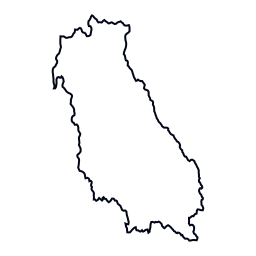 outline of Água Boa, Minas Gerais, Brazil
{"feature_id": "56859067B18251134383574", "entity_name": "Água Boa", "entity_type": "district", "adm_level": 2, "iso_a3": "BRA", "parent_name": "Brazil", "parent_adm1": "Minas Gerais", "projection": "equal_earth", "projection_center": [-42.276, -18.014], "detail": "fine", "context": "isolated", "style": "outline", "palette": "ink", "viewbox_px": 256, "rotation_deg": 0, "n_neighbors": 0, "source": "geoboundaries", "source_scale": "gbopen_adm2", "svg_char_len": 5735}
<svg xmlns="http://www.w3.org/2000/svg" viewBox="0 0 256 256"><path d="M109.5,23.3L108.3,23.3L107.4,22.4L106.4,21.7L105.5,21.2L104.3,20.0L102.9,21.1L101.7,22.5L100.6,22.3L99.6,22.2L98.3,22.4L97.3,21.0L96.7,19.5L95.5,18.8L94.3,17.6L93.2,16.2L92.0,15.4L91.0,16.7L90.5,18.2L89.6,20.0L88.5,21.2L88.3,23.0L88.4,24.7L88.9,26.1L90.4,26.2L91.3,27.8L91.5,29.6L91.1,31.5L90.8,33.2L90.5,34.9L89.1,35.9L87.7,36.2L86.8,36.1L86.1,34.9L85.6,33.7L84.6,32.8L83.0,32.5L82.0,31.4L81.6,29.8L80.7,28.2L79.6,28.0L78.5,28.8L77.4,29.8L76.3,29.7L75.1,29.5L74.9,31.0L74.6,32.5L73.5,33.5L72.7,35.2L71.9,36.5L71.0,37.1L69.8,37.2L68.8,37.3L67.5,37.7L66.2,37.9L65.1,37.3L63.8,36.4L61.9,36.5L60.5,36.3L60.4,38.5L60.3,40.0L60.3,42.2L60.4,44.3L60.8,45.9L60.9,47.3L60.5,48.5L60.1,49.8L59.7,51.7L59.0,53.5L58.1,54.3L57.1,55.4L56.4,56.8L56.0,58.1L56.2,59.5L57.2,60.8L57.1,62.9L56.2,64.3L55.6,65.8L54.7,66.8L53.5,67.7L52.8,69.5L52.7,71.1L52.8,73.0L53.1,74.5L53.2,76.4L53.5,78.8L53.5,81.5L53.8,83.4L54.3,85.0L54.5,86.7L53.9,88.4L55.1,88.4L55.9,87.1L56.2,85.8L56.5,83.9L56.5,81.7L56.5,79.4L57.3,77.5L58.7,77.0L59.7,77.7L60.9,77.7L61.5,76.4L62.6,77.4L63.3,79.3L63.7,81.5L62.9,83.5L62.4,85.3L62.6,86.8L63.8,87.8L64.8,89.0L65.5,90.0L66.2,91.1L67.5,92.3L68.7,93.1L70.4,93.7L71.9,95.2L72.0,96.7L71.5,98.0L70.9,99.9L70.9,102.1L70.6,104.0L71.5,105.2L72.6,106.5L73.7,108.2L74.1,109.6L74.2,111.6L74.6,113.5L74.4,115.2L73.1,115.9L72.1,117.1L71.7,118.7L71.7,120.5L72.5,122.2L73.8,122.9L74.8,124.8L76.8,124.5L78.0,126.1L78.3,127.5L78.3,129.3L78.5,130.9L79.1,131.9L79.8,132.9L80.3,134.1L79.8,135.8L78.9,137.3L79.0,138.8L79.2,140.7L79.4,143.1L78.9,145.0L79.8,146.8L80.6,148.5L80.6,150.2L80.6,151.6L79.7,152.7L79.0,153.7L78.1,154.2L77.3,155.2L77.4,156.6L78.1,157.7L79.0,159.0L79.1,161.0L78.9,162.6L78.8,164.1L78.6,165.6L78.2,167.4L78.8,169.2L79.7,170.9L81.6,171.3L83.2,172.2L84.2,173.1L84.8,174.5L85.1,176.3L85.5,178.3L87.3,177.8L88.6,178.4L89.2,179.6L89.4,181.2L90.6,180.8L91.6,181.6L91.7,183.0L91.2,184.2L91.1,185.8L92.0,187.0L91.5,188.7L91.9,190.1L92.7,191.0L93.4,191.9L94.0,193.3L93.7,194.8L93.9,196.2L93.9,197.7L93.8,199.5L94.9,199.4L96.2,200.8L97.6,200.1L98.4,199.0L99.1,198.0L100.6,199.3L102.0,200.5L102.8,199.6L102.6,198.0L103.6,197.2L104.7,198.8L106.1,199.0L106.9,200.4L107.8,201.3L108.6,202.2L109.6,201.7L110.5,200.9L111.2,199.8L112.0,198.6L113.3,198.6L114.2,199.2L114.8,200.5L115.9,200.5L116.9,201.1L117.3,202.5L118.0,204.0L119.4,205.0L120.5,206.0L121.0,207.3L121.5,208.4L122.1,209.9L123.5,210.7L125.3,210.5L126.4,211.6L126.6,213.2L126.8,214.9L127.3,216.5L127.8,218.3L128.2,220.2L128.7,222.1L128.3,224.3L127.0,224.2L125.5,223.6L125.8,225.0L126.0,226.6L127.0,228.2L127.1,230.6L127.3,232.3L128.6,232.4L130.0,232.3L131.0,231.2L132.2,229.7L133.3,228.7L134.3,227.8L135.7,227.2L136.0,228.8L136.5,230.2L138.5,230.5L139.6,231.4L140.6,231.5L142.0,230.2L143.0,231.6L144.4,231.0L145.5,229.9L146.6,229.7L147.6,229.5L147.9,231.0L148.4,232.7L149.6,231.7L149.7,230.1L150.1,228.8L150.4,226.9L150.5,225.0L150.8,223.4L151.3,222.0L152.4,221.9L153.6,222.2L154.7,222.6L155.6,221.9L156.6,222.1L157.7,222.1L158.7,221.6L159.7,222.1L160.7,223.0L161.7,224.2L162.0,225.9L162.9,226.7L163.6,227.7L164.5,228.2L165.6,227.0L166.8,225.9L168.1,225.2L169.3,226.0L170.7,227.1L171.9,228.6L173.0,229.7L174.0,231.1L175.0,231.5L176.0,232.7L177.1,233.2L178.1,232.5L179.1,232.9L180.5,233.8L181.3,235.3L182.4,235.1L182.9,236.4L183.9,237.6L184.9,238.6L185.9,238.7L187.0,238.6L188.3,239.3L189.3,240.6L190.8,240.5L192.4,240.1L193.9,239.9L195.5,240.2L196.7,240.2L197.3,238.7L197.5,237.3L196.3,236.1L195.5,234.5L194.2,233.8L193.3,231.7L194.0,230.1L194.1,228.6L194.1,226.9L193.0,225.2L191.9,224.7L191.0,225.0L190.0,225.3L188.9,223.4L189.1,221.2L189.0,219.4L189.0,217.8L190.2,217.7L191.0,216.9L192.3,216.0L193.5,216.2L194.2,215.0L195.2,214.0L196.5,213.7L196.8,212.0L196.9,210.5L197.6,209.4L199.2,209.6L200.2,209.9L201.5,210.3L202.8,210.2L203.3,208.3L202.6,206.2L201.5,204.8L201.5,203.3L201.3,201.4L201.6,200.0L202.7,199.4L202.9,197.9L201.9,196.9L201.2,194.7L200.2,193.8L199.5,192.4L199.0,190.9L199.4,189.2L200.2,188.2L201.4,188.6L202.3,187.7L202.0,186.0L201.1,185.0L200.5,183.7L200.0,182.5L199.1,181.9L198.9,180.0L199.8,178.2L198.9,176.9L199.0,175.2L198.8,173.5L198.7,172.0L198.7,170.2L198.0,168.4L197.2,167.0L196.5,165.5L195.7,163.9L194.8,162.6L194.5,161.3L193.6,160.5L192.3,159.7L191.1,159.8L189.6,161.1L188.1,160.2L186.9,158.0L186.2,156.7L185.0,156.6L183.9,155.2L183.2,153.1L182.3,152.0L182.2,150.3L180.7,149.0L179.7,146.8L180.1,145.3L179.4,143.4L178.2,142.0L177.1,141.5L176.4,140.4L175.3,139.0L174.2,137.3L173.5,135.4L172.4,134.9L171.0,134.2L169.7,132.6L169.0,131.1L168.2,130.3L168.2,128.5L167.0,127.7L165.6,127.6L164.2,127.7L163.1,127.0L162.1,126.2L161.3,124.6L160.2,123.1L159.1,122.2L158.4,121.2L157.8,119.7L156.7,118.2L156.2,116.4L155.6,115.0L155.2,113.5L154.8,112.4L154.2,111.0L154.2,109.6L154.1,107.6L153.6,105.9L152.9,104.7L153.1,102.9L152.8,101.4L151.8,100.7L150.3,99.9L150.0,97.9L149.2,96.7L148.6,95.0L148.7,93.2L148.5,91.6L147.6,90.4L146.5,89.9L145.1,89.6L144.0,88.3L144.3,86.6L144.8,84.9L144.0,83.6L143.0,82.2L142.1,81.0L140.6,81.1L139.1,80.4L137.9,79.6L137.2,80.5L136.0,80.9L135.3,79.7L134.7,78.4L134.0,77.3L133.5,75.6L132.9,73.9L132.4,72.0L131.8,70.3L130.8,69.1L129.7,68.1L128.9,66.6L127.7,65.6L127.8,63.9L127.9,62.2L127.3,60.8L126.0,60.4L125.5,59.2L125.2,57.3L124.8,55.4L123.7,54.0L124.1,52.2L124.6,50.5L125.2,49.1L125.7,47.8L126.0,46.5L126.2,44.7L126.2,43.1L125.9,41.7L125.5,40.3L125.3,38.3L125.2,36.5L125.7,34.7L127.0,33.5L128.5,32.5L129.6,31.1L129.5,29.2L129.5,27.8L129.4,26.4L128.9,25.1L127.2,25.6L125.2,25.6L123.9,24.8L123.0,23.3L121.6,22.3L120.6,21.3L119.6,21.8L118.3,22.1L117.2,22.7L116.2,23.7L114.6,24.0L113.1,23.2L111.7,22.3L110.6,22.7L109.5,23.3Z" fill="none" stroke="#020617" stroke-width="2"/></svg>